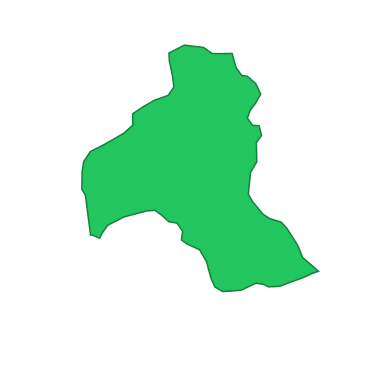 Gyeongsan-si, North Gyeongsang, South Korea, rotated 150°
{"feature_id": "91817680B37299464646583", "entity_name": "Gyeongsan-si", "entity_type": "district", "adm_level": 2, "iso_a3": "KOR", "parent_name": "South Korea", "parent_adm1": "North Gyeongsang", "projection": "robinson", "projection_center": [128.804, 35.841], "detail": "fine", "context": "isolated", "style": "filled", "palette": "green", "viewbox_px": 384, "rotation_deg": 150, "n_neighbors": 0, "source": "geoboundaries", "source_scale": "gbopen_adm2", "svg_char_len": 1060}
<svg xmlns="http://www.w3.org/2000/svg" viewBox="0 0 384 384"><g transform="rotate(150 192 192)"><path d="M122.1,60.1L128.9,79.8L127.1,93.0L128.0,113.3L129.8,121.3L138.0,130.1L141.6,137.2L144.3,153.1L144.3,161.9L131.6,179.6L121.9,185.1L120.7,185.8L111.6,202.6L103.5,206.2L100.7,215.9L106.2,219.4L107.1,228.3L100.7,233.6L92.6,237.1L83.5,242.4L83.4,243.5L82.6,253.9L86.2,264.6L90.7,268.1L91.6,277.9L88.0,292.0L96.2,296.5L105.3,301.8L109.8,311.5L125.2,323.0L142.5,323.9L146.1,316.8L150.7,302.7L155.2,292.0L164.3,287.6L178.8,290.3L190.7,290.3L204.3,289.4L209.7,279.6L221.5,277.0L232.4,277.0L244.3,277.0L259.7,277.9L270.6,272.5L277.0,264.6L286.0,249.5L286.0,242.4L301.4,205.4L300.5,205.3L295.1,198.2L289.6,201.7L281.5,205.3L263.3,204.4L240.6,198.2L233.3,194.7L229.7,186.7L227.0,177.9L220.6,172.6L219.7,162.8L225.2,155.8L222.4,149.6L214.3,138.1L214.2,123.9L216.1,117.7L218.8,107.1L219.7,98.3L215.2,90.4L198.8,82.4L182.3,81.1L176.5,76.5L173.0,71.5L163.1,66.4L152.1,64.7L139.3,62.4L128.3,61.3L122.1,60.1Z" fill="#22c55e" stroke="#15803d" stroke-width="1.5"/></g></svg>